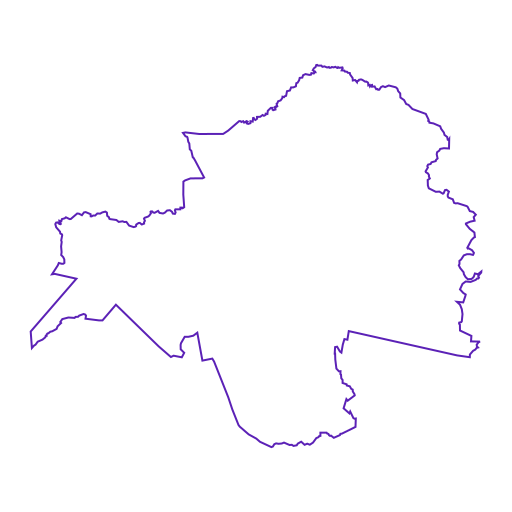 outline of San Marcos, Jalisco, Mexico
{"feature_id": "50627088B3793649992837", "entity_name": "San Marcos", "entity_type": "district", "adm_level": 2, "iso_a3": "MEX", "parent_name": "Mexico", "parent_adm1": "Jalisco", "projection": "albers", "projection_center": [-104.227, 20.824], "detail": "fine", "context": "isolated", "style": "outline", "palette": "violet", "viewbox_px": 512, "rotation_deg": 0, "n_neighbors": 0, "source": "geoboundaries", "source_scale": "gbopen_adm2", "svg_char_len": 5965}
<svg xmlns="http://www.w3.org/2000/svg" viewBox="0 0 512 512"><path d="M449.2,139.2L448.6,140.2L447.7,139.7L447.2,137.0L444.5,134.9L443.9,132.6L441.1,128.8L440.2,126.3L433.4,123.4L429.4,122.7L429.2,121.4L428.2,120.9L428.6,119.7L425.8,113.9L412.4,109.0L408.5,104.9L406.2,104.0L404.1,100.1L400.4,97.5L400.2,93.4L398.2,91.2L397.3,88.6L395.8,87.3L388.8,85.5L385.1,87.1L382.9,86.2L381.0,87.1L379.3,89.7L378.1,89.8L377.5,89.0L376.2,89.2L374.6,86.4L372.1,86.7L372.0,85.0L371.0,85.3L370.0,86.5L369.6,84.9L368.3,85.4L368.1,82.9L367.6,82.3L366.1,81.5L365.2,81.7L362.4,79.9L361.0,79.4L359.0,79.8L358.5,80.8L357.3,80.9L357.0,82.3L355.1,80.0L352.8,80.5L352.6,78.0L350.1,74.5L349.8,73.0L347.7,72.7L347.1,71.8L344.8,71.5L344.4,70.6L341.7,70.4L342.7,68.2L342.4,67.4L339.4,67.8L338.2,67.2L338.0,67.8L337.3,68.0L335.3,66.8L333.7,67.4L331.8,67.0L330.9,67.7L329.4,67.8L328.9,67.0L327.1,67.5L324.5,66.4L322.4,66.8L321.4,65.6L317.9,65.6L317.2,64.9L316.3,65.0L315.6,67.0L313.8,68.4L312.8,70.2L313.8,70.8L314.1,71.7L315.2,71.7L315.4,72.2L314.8,72.2L313.8,73.5L311.4,73.1L310.9,74.7L309.3,74.9L305.5,74.1L303.1,75.2L302.3,77.6L299.7,77.9L299.1,80.3L297.6,82.7L296.3,83.2L295.9,86.3L293.3,87.4L291.1,87.4L289.9,90.5L287.0,91.2L286.1,95.8L284.6,96.3L284.1,97.1L282.5,96.7L282.3,98.1L280.6,100.4L278.1,101.3L277.4,103.1L276.6,103.8L277.3,106.3L276.3,106.9L275.6,106.5L274.5,107.3L275.4,108.5L275.5,109.5L273.2,110.2L272.5,109.6L272.2,107.9L270.8,107.9L267.8,110.8L267.4,114.0L265.7,113.7L265.5,115.0L263.9,115.8L262.6,115.0L260.2,116.8L257.0,116.9L257.1,118.7L255.4,120.0L254.4,119.3L253.7,117.9L253.1,118.0L252.7,121.6L250.5,121.2L250.4,123.2L248.2,123.9L246.7,123.4L246.4,122.7L247.5,121.6L246.6,121.1L244.1,122.6L243.2,121.2L241.4,122.0L240.6,121.2L239.2,121.1L228.2,130.6L223.2,133.9L199.2,134.0L185.4,132.4L183.0,132.9L185.5,136.3L187.1,136.8L187.5,137.6L188.3,141.8L189.3,143.5L189.8,149.3L191.3,150.8L192.8,157.4L193.4,157.6L195.1,160.5L204.1,177.5L202.5,178.3L190.5,178.4L185.1,180.4L183.4,181.6L183.3,194.6L184.2,207.2L182.6,208.3L182.0,208.2L181.9,207.6L180.4,207.6L180.3,209.3L175.4,209.3L174.9,210.3L175.6,212.5L174.9,213.9L172.8,213.6L172.0,211.8L169.9,210.2L167.1,210.5L164.8,212.7L163.0,213.5L159.5,212.9L158.1,210.9L154.6,212.8L153.2,212.5L152.2,211.4L150.9,211.4L150.5,211.8L150.9,213.3L149.3,215.6L148.0,216.6L144.6,217.8L144.0,218.7L144.9,220.8L144.0,222.4L144.1,223.6L141.8,224.5L139.8,222.9L138.6,223.0L136.2,224.6L136.1,226.1L135.5,226.6L133.7,227.1L129.1,225.6L126.4,221.9L124.3,222.0L122.6,221.3L118.7,221.9L116.4,220.0L110.0,219.1L109.3,218.7L109.0,217.3L107.2,215.8L106.9,212.6L105.4,211.6L102.3,212.4L100.2,213.6L97.3,213.5L95.2,215.5L93.2,215.5L91.6,216.4L90.7,216.3L90.6,214.2L85.7,212.1L84.0,212.4L81.9,215.2L79.0,213.7L77.2,213.5L70.8,219.0L69.6,219.1L65.9,217.3L64.7,218.3L61.9,219.1L61.3,221.3L59.3,220.7L59.4,221.9L60.8,223.9L60.5,224.2L59.4,224.0L57.5,222.4L56.1,222.6L55.3,224.1L56.2,227.3L60.0,231.7L60.3,233.5L62.0,234.4L62.2,235.2L61.2,240.4L61.7,241.9L61.1,246.4L61.6,252.2L61.2,255.0L63.2,257.1L64.3,259.4L64.4,262.9L63.4,263.7L61.9,263.8L58.8,263.0L57.8,265.4L52.0,274.3L54.8,273.9L76.4,278.7L30.7,331.5L31.9,348.0L34.0,345.6L35.5,344.7L37.7,341.7L42.5,339.6L45.3,337.3L45.7,335.9L46.6,335.9L46.7,334.4L47.6,333.4L48.3,333.4L50.3,331.7L52.2,331.3L56.6,328.9L57.6,326.3L61.1,323.0L60.3,322.0L62.3,319.1L68.4,317.5L74.6,317.9L75.5,316.9L78.0,316.8L79.2,315.6L83.6,314.0L85.3,314.6L86.0,315.7L85.5,318.7L99.0,320.4L102.5,320.4L115.9,304.7L158.7,346.4L170.9,357.0L173.6,355.7L181.8,357.3L184.2,352.8L180.7,349.3L180.6,344.9L181.0,343.2L184.7,336.8L188.4,336.8L193.3,335.7L197.3,332.7L202.4,360.6L212.3,358.6L214.1,361.6L228.3,397.4L232.3,409.4L238.5,425.0L239.8,426.7L248.7,434.4L256.3,438.6L260.0,441.8L271.4,447.1L272.9,446.5L274.3,444.2L276.1,443.4L278.6,443.8L281.8,443.5L284.0,442.6L289.6,445.0L291.8,444.8L293.5,445.9L296.7,445.3L297.8,443.6L301.2,441.7L304.6,444.8L307.2,443.7L309.8,444.7L313.0,442.6L316.3,438.1L318.4,437.2L319.2,436.1L320.4,435.9L320.4,432.7L326.6,432.7L327.1,433.5L328.4,433.9L329.1,435.3L330.1,435.9L331.0,435.6L333.8,437.8L339.9,435.1L340.4,433.8L341.8,433.7L355.5,426.9L355.8,418.5L354.5,418.7L353.4,418.1L350.2,411.5L349.4,413.4L343.6,408.3L346.4,399.1L347.7,400.7L354.7,395.4L354.5,394.2L352.8,391.5L352.7,389.6L351.2,388.8L349.8,386.3L346.8,385.5L346.6,384.3L342.6,383.0L342.6,380.0L341.3,378.3L341.0,374.6L340.4,374.1L340.5,371.2L338.9,371.3L336.4,368.6L335.3,359.6L335.1,353.6L334.7,353.6L335.1,347.1L337.1,346.7L339.9,351.5L341.4,352.6L342.8,344.6L344.4,339.1L347.4,339.7L348.8,331.1L457.1,355.4L469.8,357.2L469.9,354.5L473.1,350.8L475.3,349.6L476.6,347.9L478.0,347.5L476.9,346.3L476.7,344.7L478.5,342.3L480.0,341.6L471.0,341.4L471.4,335.9L460.0,330.5L459.9,324.7L459.1,323.7L459.2,322.6L461.3,322.1L461.8,321.3L462.5,314.1L461.8,309.2L460.0,304.7L456.9,301.8L463.2,302.4L465.4,295.9L465.7,294.5L463.3,293.0L460.0,289.4L462.5,283.9L465.7,281.5L470.6,281.9L475.7,279.9L477.1,278.5L478.3,278.5L479.0,277.7L478.2,276.0L481.2,272.6L481.3,271.5L478.0,274.2L474.9,273.5L473.8,276.7L472.4,278.3L471.3,279.0L467.8,279.2L465.6,277.1L463.9,274.2L463.6,272.3L460.2,268.1L458.8,265.3L459.5,264.0L459.4,260.9L461.1,259.5L463.8,255.4L466.9,254.2L470.0,254.2L473.0,254.9L473.7,253.6L473.9,252.8L472.0,250.2L468.8,248.4L467.8,248.6L467.3,247.8L471.4,240.1L473.8,237.6L474.9,237.1L474.4,232.5L469.7,228.8L465.9,224.2L465.9,223.5L470.1,221.7L474.6,220.7L473.7,217.1L475.8,214.7L473.1,211.9L469.8,211.1L467.6,206.8L466.7,206.1L457.6,203.2L455.7,203.4L454.1,202.9L452.8,199.3L448.5,197.6L447.8,196.6L447.7,194.9L448.9,191.6L446.5,189.8L445.0,190.1L443.6,193.3L442.9,193.7L439.4,191.6L435.8,191.8L428.8,188.3L427.9,185.6L427.7,180.0L429.8,178.5L428.9,176.6L429.0,175.2L428.0,173.5L425.9,172.2L425.6,171.3L427.9,167.5L427.3,166.1L428.1,164.6L430.6,164.0L431.5,162.3L435.7,161.1L436.1,159.8L437.6,158.5L436.7,154.3L437.1,152.2L439.3,150.6L440.2,148.9L443.9,148.2L449.0,148.5L449.2,139.2Z" fill="none" stroke="#5b21b6" stroke-width="2"/></svg>